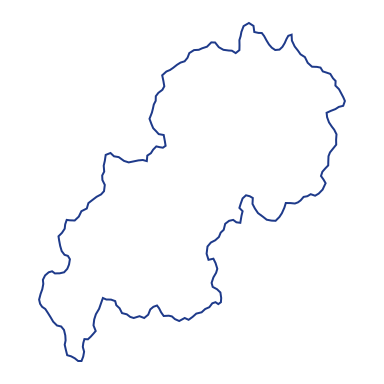 the district of Desterro de Entre Rios, Minas Gerais, Brazil
{"feature_id": "56859067B72076234647502", "entity_name": "Desterro de Entre Rios", "entity_type": "district", "adm_level": 2, "iso_a3": "BRA", "parent_name": "Brazil", "parent_adm1": "Minas Gerais", "projection": "equal_earth", "projection_center": [-44.277, -20.636], "detail": "fine", "context": "isolated", "style": "outline", "palette": "blue", "viewbox_px": 384, "rotation_deg": 0, "n_neighbors": 0, "source": "geoboundaries", "source_scale": "gbopen_adm2", "svg_char_len": 3298}
<svg xmlns="http://www.w3.org/2000/svg" viewBox="0 0 384 384"><path d="M291.6,34.7L288.3,35.8L286.5,39.0L284.7,43.1L282.4,46.9L279.5,49.6L275.2,50.0L271.8,47.7L269.0,44.5L266.6,40.6L264.1,36.0L261.8,33.0L258.4,32.9L254.3,32.0L253.5,25.9L248.9,23.0L243.6,26.1L241.4,31.9L240.6,36.2L239.4,40.1L239.5,45.2L239.4,50.1L235.7,53.1L231.9,50.7L228.6,50.5L223.4,49.8L218.8,47.2L215.1,42.5L211.3,42.4L207.0,46.7L202.1,48.3L198.8,49.8L194.0,50.1L189.3,53.1L187.5,57.8L184.6,61.3L180.5,62.6L177.0,64.8L173.2,67.8L170.0,70.0L166.4,71.5L162.2,75.3L163.4,81.0L164.3,86.3L162.4,89.8L158.4,92.8L155.8,96.2L155.7,100.8L153.8,104.5L152.9,108.7L151.9,112.6L149.5,118.8L151.5,124.2L153.2,128.2L156.0,131.1L158.7,134.1L163.7,135.0L164.8,140.9L165.6,145.8L162.9,147.7L159.8,147.2L156.3,146.4L153.1,149.7L150.9,153.2L147.3,155.6L146.8,161.1L142.8,160.0L138.4,160.4L133.1,161.5L128.7,162.4L124.0,160.9L118.7,157.1L114.0,156.3L110.5,153.0L105.7,154.9L104.8,160.9L103.7,165.7L104.2,171.6L102.2,175.5L102.4,180.0L104.8,184.9L104.0,191.2L101.1,194.4L96.6,196.8L92.4,200.0L88.4,203.1L86.8,208.5L81.4,211.2L78.8,216.6L74.7,220.5L69.8,220.3L66.7,219.9L65.2,224.3L64.7,228.7L62.0,232.8L58.5,236.3L59.1,240.3L60.2,246.0L61.7,251.1L64.5,254.8L67.9,255.9L69.9,259.2L69.0,264.6L67.3,268.8L64.1,272.3L59.7,273.3L54.9,273.4L52.1,271.3L48.7,272.3L45.1,275.4L42.9,279.8L43.3,283.9L42.3,289.2L40.6,293.9L39.1,299.6L40.1,303.8L42.1,306.8L45.3,309.0L48.0,313.1L50.5,317.1L53.2,321.7L57.0,325.5L61.2,326.5L64.0,330.0L65.3,335.5L65.6,340.5L64.7,344.7L65.8,349.6L67.2,355.2L71.1,356.3L74.8,358.3L78.1,361.0L81.5,361.0L83.2,356.6L84.1,351.7L82.8,346.9L83.3,343.0L84.4,339.1L87.9,339.3L90.7,336.7L93.3,333.8L95.7,331.0L93.5,325.4L94.2,319.5L95.9,314.2L99.1,308.8L101.4,302.2L102.9,298.0L106.3,299.5L111.0,299.6L115.2,301.1L116.3,305.2L119.6,308.3L122.0,313.1L126.8,314.3L130.2,316.9L133.7,318.0L139.5,316.2L144.2,318.0L148.2,314.7L150.3,309.4L153.4,306.8L157.0,305.5L159.1,308.3L161.1,312.3L163.7,316.0L168.8,315.7L171.9,316.4L174.9,319.1L179.2,321.0L184.7,318.0L188.6,319.8L192.6,316.9L196.3,313.6L201.6,312.3L205.2,309.0L209.3,307.2L212.3,303.3L215.5,302.2L218.3,304.1L220.9,302.2L221.2,298.0L220.4,292.5L217.0,289.2L212.7,286.9L211.6,282.9L213.4,277.4L216.1,272.8L217.3,268.8L215.6,263.2L213.4,258.7L208.5,259.8L206.6,253.7L207.5,246.5L210.9,242.5L215.2,240.3L218.9,237.0L220.7,232.6L223.7,229.8L225.2,223.8L229.1,220.8L233.2,219.9L236.4,222.3L240.3,222.8L241.5,215.7L242.6,211.2L239.4,207.9L240.7,203.7L242.6,198.4L246.0,195.3L249.7,196.2L252.8,198.0L252.5,203.9L254.9,208.5L258.0,213.1L262.9,216.7L266.7,219.7L271.4,220.6L275.6,220.8L279.4,217.0L281.9,213.2L284.4,207.6L285.8,203.0L290.7,203.1L294.9,203.5L297.9,202.4L300.6,200.4L303.6,196.9L307.4,196.2L310.7,194.2L315.1,195.7L318.7,193.6L322.6,189.6L325.6,183.2L323.6,179.7L321.0,176.0L322.4,171.7L325.4,168.3L328.2,165.4L328.3,161.1L328.5,156.2L330.0,152.4L332.9,148.8L336.2,144.7L336.1,139.8L336.5,134.3L334.2,129.7L331.8,126.6L329.0,122.4L327.1,117.2L326.6,112.8L331.0,110.8L335.4,109.1L338.8,106.9L343.2,105.8L344.9,101.0L343.3,97.3L341.4,93.7L339.0,89.2L335.4,85.6L335.6,81.0L333.0,78.3L330.3,73.9L326.8,72.7L322.8,71.4L320.5,67.6L317.0,66.9L312.0,66.7L307.7,62.8L304.9,57.1L300.5,54.3L298.0,50.7L294.7,46.5L291.9,40.6L291.6,34.7Z" fill="none" stroke="#1e3a8a" stroke-width="2"/></svg>